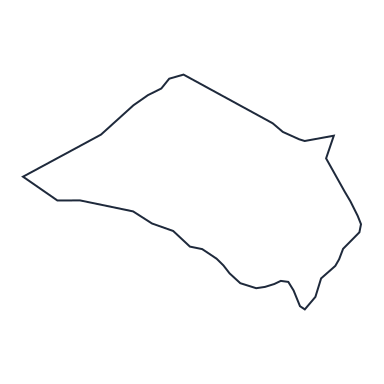 SVG path tracing the border of Bled
{"feature_id": "SVN-1008", "entity_name": "Bled", "entity_type": "Municipality", "adm_level": 1, "iso_a3": "SVN", "parent_name": "Slovenia", "parent_adm1": "", "projection": "albers", "projection_center": [14.045, 46.372], "detail": "fine", "context": "isolated", "style": "outline", "palette": "slate", "viewbox_px": 384, "rotation_deg": 0, "n_neighbors": 0, "source": "natural_earth", "source_scale": "10m", "svg_char_len": 635}
<svg xmlns="http://www.w3.org/2000/svg" viewBox="0 0 384 384"><path d="M57.4,200.5L23.0,176.7L101.0,134.6L133.4,105.3L148.0,95.1L161.3,88.5L169.2,78.7L183.5,74.6L272.7,123.3L282.8,131.9L299.2,139.3L304.7,141.0L333.8,135.7L326.1,158.4L344.6,191.5L350.4,201.3L357.7,215.9L361.0,224.2L359.4,232.3L343.1,248.8L339.1,259.3L335.3,265.9L321.1,278.4L315.4,296.9L304.8,309.4L300.0,306.2L293.6,290.5L288.3,281.9L280.8,280.9L274.3,284.0L265.0,286.9L256.2,288.2L240.3,283.2L229.6,273.4L223.4,265.4L216.7,258.8L202.2,249.1L189.9,246.6L173.2,231.0L152.0,223.5L133.1,211.4L80.0,200.4L57.4,200.5Z" fill="none" stroke="#1e293b" stroke-width="2"/></svg>